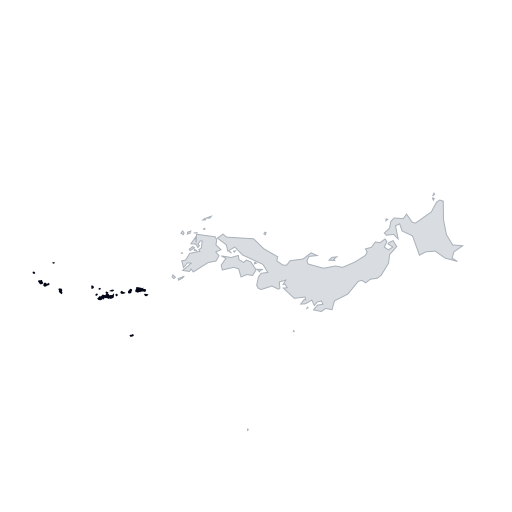 Okinawa on a map of Japan (Robinson projection), rotated 44°
{"feature_id": "JPN-3502", "entity_name": "Okinawa", "entity_type": "Prefecture", "adm_level": 1, "iso_a3": "JPN", "parent_name": "Japan", "parent_adm1": "", "projection": "robinson", "projection_center": [127.452, 26.383], "detail": "fine", "context": "in_parent", "style": "filled", "palette": "ink", "viewbox_px": 512, "rotation_deg": 44, "n_neighbors": 0, "source": "natural_earth", "source_scale": "10m", "svg_char_len": 9139}
<svg xmlns="http://www.w3.org/2000/svg" viewBox="0 0 512 512"><g transform="rotate(44 256 256)"><path d="M343.9,149.8L350.7,151.4L351.1,162.2L356.3,169.0L359.4,182.7L358.7,187.8L354.3,193.4L353.6,199.1L348.9,200.1L347.2,203.2L348.5,219.7L343.6,233.8L348.0,241.9L342.6,245.3L341.5,250.6L334.8,254.8L334.3,248.7L337.7,244.1L334.2,242.9L331.9,246.9L332.4,251.1L326.7,249.0L324.8,256.0L321.6,259.5L320.9,253.9L322.2,253.0L319.7,251.5L312.9,259.9L297.9,260.1L300.6,257.1L296.4,256.1L295.3,257.7L294.2,252.6L290.8,258.6L295.5,262.5L295.2,264.3L288.3,266.6L283.0,276.5L280.1,277.7L276.8,276.6L272.3,269.4L271.8,264.8L275.9,259.6L266.8,257.2L245.6,264.6L234.5,264.3L232.4,272.1L226.9,268.6L215.9,269.9L217.0,263.2L221.7,262.9L242.3,245.3L256.4,245.4L272.2,241.5L274.3,245.1L281.9,243.8L284.4,241.2L283.8,235.6L291.9,225.6L293.4,215.4L299.7,213.2L294.3,219.6L296.0,224.1L299.1,225.5L313.0,218.0L320.1,208.0L326.2,204.0L331.4,191.5L334.3,179.6L333.2,175.9L329.8,174.9L333.0,169.5L332.1,163.0L336.0,160.2L337.0,154.1L340.2,154.7L342.1,160.5L346.9,159.6L348.2,154.5L342.5,155.6L342.4,153.8L343.9,149.8ZM378.2,108.4L389.8,111.4L397.6,105.1L395.5,115.6L398.5,121.3L404.7,120.0L393.5,126.1L381.5,128.0L375.1,135.3L373.1,141.9L354.6,132.8L343.7,136.5L337.0,133.1L335.3,137.3L346.4,145.0L340.0,144.9L335.3,150.5L332.3,150.3L332.8,143.3L329.0,137.5L329.0,132.7L336.0,126.8L335.2,121.3L344.8,123.2L347.8,121.7L351.5,102.6L348.5,92.0L349.3,88.1L352.6,86.5L365.6,99.6L378.2,108.4ZM219.4,275.8L226.4,275.8L224.3,281.1L229.2,281.4L230.7,287.4L226.1,294.0L222.0,311.0L218.4,310.5L218.8,313.4L213.3,317.3L214.4,306.2L211.4,308.5L211.9,314.7L205.9,311.0L208.2,307.9L206.5,300.1L212.4,291.6L210.5,291.0L211.1,288.2L206.9,282.6L205.4,283.8L206.1,287.9L208.1,287.8L208.3,290.3L204.5,289.2L200.7,292.4L199.4,284.5L203.6,287.9L198.1,281.7L213.2,270.6L216.4,271.5L219.4,275.8ZM256.4,263.9L265.6,265.8L267.1,272.3L262.3,275.7L259.8,281.5L252.4,277.3L247.8,279.7L241.5,289.5L237.3,286.8L236.0,278.6L231.0,280.0L239.1,274.4L242.9,267.9L246.4,270.5L251.6,269.2L251.8,265.6L256.4,263.9ZM180.5,387.2L175.2,390.5L174.3,395.2L172.2,396.1L175.7,386.5L178.3,386.9L180.5,383.5L180.5,387.2ZM315.8,204.5L311.4,208.3L311.5,204.3L314.7,200.5L314.2,204.3L315.8,204.5ZM200.0,357.3L195.6,363.5L192.9,361.6L200.0,357.3ZM204.9,297.8L203.3,297.6L203.9,293.2L206.0,292.8L204.9,297.8ZM269.5,264.9L266.0,264.8L270.4,260.8L269.1,263.1L269.5,264.9ZM212.5,329.3L210.1,329.3L209.3,327.3L212.8,327.3L212.5,329.3ZM196.5,260.8L193.7,263.5L196.2,258.5L196.5,260.8ZM217.1,327.2L215.8,326.4L218.4,320.3L218.4,323.3L217.1,327.2ZM185.8,289.0L188.1,289.3L188.9,291.1L186.2,291.8L185.8,289.0ZM194.7,264.9L192.7,267.1L193.1,264.3L194.7,264.9ZM120.4,425.2L117.5,425.1L117.5,424.6L118.8,423.0L120.4,425.2ZM248.0,234.2L246.3,234.6L245.8,232.8L247.0,232.1L248.0,234.2ZM191.3,288.0L190.3,286.3L191.8,283.4L192.7,285.6L191.3,288.0ZM126.0,421.4L125.1,423.9L123.8,424.1L123.1,422.7L126.0,421.4ZM190.6,370.1L189.3,369.9L189.4,367.2L190.0,367.0L190.6,370.1ZM344.9,92.6L343.0,92.0L342.8,91.2L344.2,90.8L344.9,92.6ZM210.0,293.2L207.7,294.8L207.0,294.1L210.0,293.2ZM324.9,140.4L323.8,138.8L325.4,138.2L324.9,140.4ZM233.2,271.5L234.6,270.9L236.4,270.9L233.2,271.5ZM341.5,87.4L341.4,90.2L340.4,87.1L341.5,87.4ZM197.1,280.9L195.2,282.7L197.9,279.7L197.1,280.9ZM141.8,417.8L139.4,417.9L139.6,415.7L140.3,416.8L141.8,417.8ZM200.6,272.2L199.3,273.6L199.8,271.7L200.6,272.2ZM261.3,260.9L260.4,262.7L259.4,261.2L261.3,260.9ZM194.1,362.8L193.8,364.0L193.2,362.5L194.1,362.8ZM329.4,257.0L329.0,258.4L328.6,257.0L329.4,257.0ZM201.1,305.6L199.9,306.0L201.0,304.9L201.1,305.6ZM237.6,266.7L237.7,268.3L236.5,268.1L237.6,266.7ZM336.4,284.0L335.0,284.2L335.0,283.5L336.4,284.0ZM371.1,386.3L371.3,387.8L370.3,386.1L371.1,386.3Z" fill="#d9dde1" stroke="#a8b0b8" stroke-width="1"/><path d="M181.6,384.9L181.5,385.0L181.6,385.4L181.4,385.7L181.2,386.1L181.2,386.4L180.6,387.2L180.3,387.5L180.0,387.6L179.4,387.6L179.2,387.7L179.0,388.0L178.8,388.3L179.0,388.4L179.0,388.6L178.9,388.7L178.9,388.8L178.5,388.9L178.2,388.9L177.8,388.8L177.5,389.2L176.8,390.0L176.6,390.1L176.3,390.2L176.3,390.4L176.2,390.5L175.2,390.5L174.8,390.8L175.1,391.1L175.2,391.3L175.3,391.8L175.3,392.0L175.5,392.2L175.8,392.5L175.7,392.7L175.1,392.5L174.8,392.4L174.6,392.6L174.0,393.9L173.9,394.2L173.8,394.5L174.1,394.7L174.4,394.6L174.6,394.6L174.5,395.0L174.2,395.4L173.9,395.7L173.6,395.6L173.5,395.8L173.2,396.2L173.0,396.3L172.2,396.3L172.3,395.7L172.0,394.6L172.0,394.2L172.3,394.2L172.6,393.9L172.8,393.5L172.9,393.2L173.1,393.2L173.3,393.0L173.5,392.5L173.4,392.2L173.2,391.5L173.2,391.1L173.2,390.7L173.3,390.6L173.5,390.5L174.0,390.6L174.3,390.5L174.4,390.3L174.7,389.8L175.1,389.5L175.7,389.4L176.1,389.1L176.5,388.6L176.5,388.3L176.4,388.1L176.2,388.0L175.5,387.9L175.4,387.7L175.4,387.2L175.3,386.6L176.5,386.5L176.8,386.5L177.0,386.7L177.0,386.9L176.9,387.0L176.9,387.4L177.1,387.5L177.8,387.3L178.5,386.8L178.4,386.6L178.5,386.4L179.1,385.9L179.2,385.5L179.4,385.4L179.6,385.1L180.1,384.8L180.2,384.6L180.3,384.3L180.5,383.8L180.5,383.4L181.5,384.6L181.6,384.9ZM200.3,358.2L200.4,358.5L200.1,358.7L199.9,358.8L199.3,359.1L199.1,359.2L198.9,359.4L198.5,359.6L198.2,360.3L197.9,360.5L197.4,361.0L196.9,360.9L196.7,360.9L196.8,361.1L196.7,361.3L196.3,361.6L196.9,362.0L197.0,362.1L196.3,362.6L196.2,362.6L196.1,363.0L195.9,363.0L195.7,362.9L195.4,363.0L195.6,363.1L195.7,363.3L195.8,363.6L195.6,363.6L195.2,363.2L194.5,362.7L194.4,362.5L194.4,362.1L194.3,361.9L194.1,362.1L193.9,362.2L193.5,361.9L192.8,361.7L192.6,361.6L192.8,361.4L193.0,361.4L193.1,361.5L193.5,361.4L193.9,361.5L194.3,361.5L194.6,361.0L194.1,361.0L193.9,360.9L193.7,360.7L194.2,360.3L194.5,360.3L194.6,360.2L194.9,360.0L195.1,359.7L195.5,359.7L195.8,359.7L196.1,359.6L196.2,359.3L196.5,359.4L196.8,359.3L197.0,359.1L197.1,358.8L197.2,359.0L197.7,359.3L197.9,358.7L198.3,358.4L199.1,357.9L199.0,358.4L199.0,358.6L199.4,358.5L199.5,358.3L199.8,357.9L199.7,357.5L199.8,357.4L200.0,357.4L200.1,357.7L200.3,358.2ZM119.3,423.4L119.6,423.3L120.1,423.4L120.7,423.6L121.0,423.8L121.0,424.2L120.7,424.8L120.1,425.5L119.8,425.5L118.4,425.2L117.5,425.1L117.3,424.9L117.5,424.5L117.9,424.4L118.2,424.6L118.3,424.5L118.4,424.4L118.5,423.8L118.7,423.0L118.8,422.9L118.9,423.0L119.3,423.4ZM190.5,368.6L191.0,369.0L191.0,369.5L190.6,369.9L190.5,370.3L190.3,370.5L190.1,370.6L189.9,370.7L189.7,370.6L189.6,370.4L189.5,370.0L189.2,369.9L189.2,369.7L189.3,369.3L189.0,368.4L189.1,367.9L189.2,367.3L189.3,367.3L189.9,367.0L190.2,367.3L190.3,368.2L190.5,368.6ZM126.5,420.3L126.5,420.5L126.4,420.7L126.3,420.8L126.2,421.1L125.7,421.8L125.5,422.5L125.4,423.2L125.2,423.8L124.8,424.3L124.3,424.3L123.8,424.2L123.6,423.9L123.9,423.5L123.7,423.4L123.6,423.0L123.1,422.9L123.0,422.7L123.5,422.2L123.8,422.3L124.1,422.6L124.5,422.6L124.8,422.5L125.0,422.3L125.1,422.0L125.2,421.7L125.4,421.6L125.6,421.5L126.1,420.5L126.3,420.3L126.3,420.2L126.5,420.3ZM141.0,417.1L141.3,417.2L141.6,417.3L141.8,417.5L141.8,417.9L141.5,417.9L141.0,418.0L139.8,418.0L139.3,417.9L139.2,417.6L139.3,417.4L139.5,416.5L139.5,415.9L139.4,415.8L139.3,415.5L139.5,415.5L139.8,415.7L139.9,415.9L140.1,416.6L140.6,417.1L141.0,417.1ZM186.6,374.3L186.5,374.6L186.1,374.9L186.0,375.0L185.7,375.4L185.6,375.6L185.4,375.5L185.4,375.8L185.1,375.8L184.8,375.9L184.6,376.0L184.4,375.9L184.2,375.6L184.2,375.2L184.3,375.0L184.3,374.9L184.7,374.9L185.2,375.0L185.4,374.9L185.7,374.8L185.9,374.6L186.6,374.3ZM194.7,363.7L195.1,363.6L195.4,363.9L195.4,364.2L195.0,364.3L194.8,364.0L194.7,364.0L194.4,364.4L194.2,364.0L193.8,364.0L193.6,364.0L193.6,363.9L193.5,363.3L193.2,362.8L193.1,362.5L193.3,362.5L193.7,362.5L193.6,362.8L193.8,362.9L194.3,362.8L194.0,363.2L194.1,363.3L194.7,363.7ZM160.7,392.0L160.6,392.3L160.5,392.6L160.4,392.8L160.3,392.7L160.1,392.6L160.0,392.3L159.7,392.2L159.4,392.1L159.2,391.9L159.1,391.7L159.3,391.6L159.5,391.4L159.9,391.4L160.1,391.4L160.4,391.5L160.6,391.7L160.7,392.0ZM204.7,359.6L204.7,359.9L204.5,360.3L204.4,360.7L204.2,360.9L204.0,361.0L203.7,361.0L203.1,360.8L203.9,360.1L204.5,359.7L204.7,359.6ZM138.5,416.1L138.6,416.3L138.7,416.6L138.5,416.8L138.0,416.8L137.8,416.8L137.6,416.6L137.7,416.4L137.9,416.3L138.0,416.0L138.2,415.9L138.5,416.1ZM221.7,399.6L222.0,399.9L221.9,400.1L221.7,400.5L221.1,400.4L221.2,400.2L221.3,399.9L221.5,399.7L221.7,399.6ZM108.2,422.1L108.3,422.1L108.4,422.3L108.3,422.5L108.1,422.6L107.4,422.6L107.3,422.4L107.4,422.2L107.5,422.1L108.2,422.1ZM183.2,380.8L183.2,381.1L183.1,381.3L182.9,381.3L182.6,381.1L182.4,381.0L182.4,380.8L182.6,380.8L182.7,380.6L182.9,380.5L183.1,380.6L183.2,380.8ZM176.9,380.1L177.0,380.1L176.9,380.5L176.7,381.0L176.3,381.3L176.0,381.5L176.1,381.2L176.8,380.3L176.9,380.1ZM174.4,385.8L174.4,386.3L174.1,386.4L173.7,386.2L173.8,385.9L174.2,385.9L174.4,385.8ZM168.4,394.2L168.4,394.4L168.2,395.0L168.0,394.9L168.0,394.7L168.0,394.3L168.1,394.1L168.3,394.1L168.4,394.2ZM222.2,398.4L222.4,398.4L222.6,398.5L222.6,398.8L222.4,398.8L222.2,398.6L222.2,398.4ZM166.3,388.0L166.5,388.0L166.5,388.3L166.2,388.4L166.2,388.1L166.3,388.0ZM115.8,401.4L115.6,401.4L115.3,401.5L115.4,401.3L115.6,401.3L115.8,401.4Z" fill="#0f172a" stroke="#020617" stroke-width="1.5"/></g></svg>